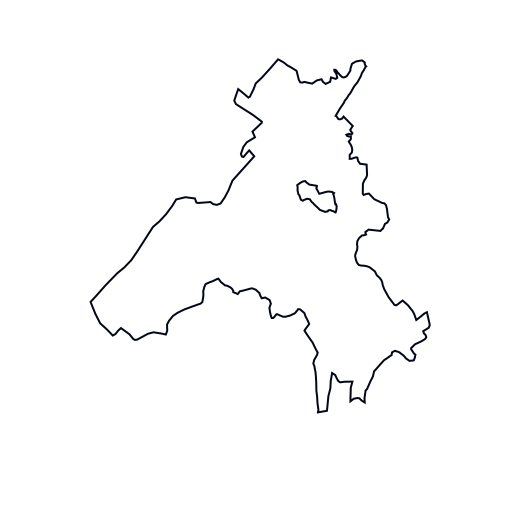 Faqus, Ash Sharqiyah, Egypt, rotated 159°
{"feature_id": "37247803B31970739059734", "entity_name": "Faqus", "entity_type": "district", "adm_level": 2, "iso_a3": "EGY", "parent_name": "Egypt", "parent_adm1": "Ash Sharqiyah", "projection": "natural_earth1", "projection_center": [31.817, 30.749], "detail": "fine", "context": "isolated", "style": "outline", "palette": "ink", "viewbox_px": 512, "rotation_deg": 159, "n_neighbors": 0, "source": "geoboundaries", "source_scale": "gbopen_adm2", "svg_char_len": 6081}
<svg xmlns="http://www.w3.org/2000/svg" viewBox="0 0 512 512"><g transform="rotate(159 256 256)"><path d="M98.2,400.2L100.9,396.7L101.4,395.3L104.6,392.9L105.6,392.2L106.4,391.6L108.2,391.1L110.0,391.2L110.9,391.7L111.8,392.7L112.6,394.6L113.5,397.0L114.0,397.9L114.3,399.4L114.7,400.8L115.2,401.3L116.1,401.8L116.5,400.9L115.7,397.0L116.3,393.2L117.2,393.0L118.1,392.8L120.4,394.6L122.0,395.8L122.4,395.2L123.8,392.9L124.4,392.0L125.2,392.0L126.6,391.9L129.3,391.7L130.0,392.8L131.1,394.6L131.5,397.5L136.4,398.1L141.8,396.8L145.2,399.0L148.5,401.2L150.7,401.3L152.5,402.3L152.9,405.2L152.4,409.0L152.3,409.9L151.8,414.2L152.3,415.1L152.6,415.5L153.5,416.6L155.7,419.6L158.3,422.5L160.5,426.4L160.9,426.9L164.0,430.7L164.9,431.7L176.7,425.4L186.7,420.4L194.4,417.2L198.5,412.6L204.5,407.0L205.0,406.9L206.3,406.6L208.9,411.4L212.8,418.2L220.6,408.9L220.3,405.0L208.1,388.5L202.4,379.3L202.9,378.3L214.7,373.4L214.4,367.2L223.8,365.5L228.8,362.3L233.5,356.7L233.5,353.9L232.2,352.9L228.1,355.2L224.5,357.0L221.9,349.7L251.0,334.8L258.4,326.9L264.3,321.8L270.3,317.7L274.3,317.8L277.4,319.8L279.2,322.7L286.3,324.8L291.2,326.3L292.5,327.3L292.4,331.6L300.9,336.2L310.3,337.4L316.2,332.8L324.9,327.3L334.0,322.8L341.7,320.1L350.4,313.7L365.5,302.6L374.1,296.7L379.5,294.2L380.1,293.9L382.8,292.6L391.8,289.6L407.3,282.4L419.6,276.0L426.9,272.4L426.7,259.5L425.6,249.0L421.7,241.3L419.2,235.5L418.3,233.1L415.2,233.5L411.5,235.7L407.9,237.1L402.2,228.3L400.3,222.5L399.2,221.1L397.0,220.5L384.8,222.1L379.0,221.5L371.9,217.4L368.3,215.0L367.7,215.7L365.6,218.2L364.6,221.1L363.6,223.9L360.4,226.7L355.0,229.8L349.5,231.1L342.7,231.7L341.4,231.8L337.8,231.7L335.1,231.7L331.5,231.6L327.5,231.5L324.8,231.4L323.7,231.8L322.5,232.3L319.3,237.9L317.8,242.2L316.8,243.5L315.5,245.4L313.2,247.8L308.7,248.1L306.0,248.0L300.6,248.4L299.2,248.3L298.0,244.0L297.1,242.6L295.4,239.6L293.6,238.6L291.0,235.7L290.1,233.8L289.7,231.8L290.2,230.4L288.5,228.8L286.7,227.0L283.9,228.8L279.4,228.2L272.3,227.5L270.9,227.0L268.3,224.6L266.1,220.2L266.2,217.4L265.8,214.5L262.6,214.0L262.2,213.9L259.1,210.0L259.2,206.7L259.2,206.2L262.0,202.9L263.0,198.7L263.5,195.3L263.6,192.5L263.0,192.3L262.2,192.0L260.9,192.4L259.5,193.3L258.6,193.8L258.1,194.2L257.2,194.2L252.8,189.8L250.6,188.8L245.7,188.2L241.6,188.5L240.7,188.5L239.4,189.0L238.0,189.9L237.1,190.3L235.7,191.3L233.9,190.3L231.3,185.4L231.4,181.6L231.0,178.7L230.7,173.5L232.1,172.5L235.7,170.3L237.5,168.9L236.6,164.8L235.9,161.7L234.2,155.0L233.5,146.8L233.0,143.8L233.3,143.6L234.1,142.1L239.1,137.9L241.0,135.1L241.0,132.2L242.1,126.1L243.5,121.3L245.0,116.6L247.9,108.6L249.3,102.9L251.3,96.7L252.7,90.6L253.2,89.3L253.7,88.7L254.2,87.8L245.2,86.1L240.0,96.5L238.6,99.3L234.0,105.8L231.1,112.4L228.8,116.2L226.9,119.5L224.7,116.5L224.4,112.2L224.1,110.4L224.0,109.8L222.7,107.9L218.2,106.8L211.0,104.2L214.7,99.1L218.8,89.3L219.9,86.5L215.9,87.7L212.3,87.1L210.5,86.1L209.2,83.2L208.6,82.4L207.0,80.3L205.6,84.5L201.9,91.1L200.0,92.0L193.9,98.2L191.6,100.2L189.9,101.8L187.1,106.0L177.0,111.2L173.9,112.8L169.9,113.7L167.6,114.3L165.8,114.7L164.9,114.9L163.5,117.3L160.3,117.7L159.2,116.8L157.7,115.7L156.3,114.2L155.9,113.3L154.6,111.3L153.3,108.9L152.9,107.0L150.3,103.1L146.2,102.0L143.9,104.4L143.9,104.8L143.5,105.3L143.1,105.8L142.5,106.8L143.4,108.2L144.6,113.4L144.2,114.4L139.2,116.6L133.3,117.0L131.7,117.2L128.3,117.8L127.4,118.2L126.1,119.2L126.0,121.5L126.9,123.5L126.8,125.9L120.5,127.1L118.7,129.0L118.2,130.9L116.6,142.3L117.5,142.2L119.7,141.9L123.4,140.6L128.2,139.1L129.3,138.8L129.1,145.0L129.5,148.4L131.2,153.7L131.6,155.1L132.5,157.0L135.1,161.9L141.0,160.1L142.8,159.7L144.3,160.8L147.0,170.3L148.2,179.4L148.1,183.7L147.6,186.0L147.6,188.4L148.4,191.3L150.1,194.7L150.5,199.0L154.0,204.8L155.7,206.3L157.1,207.3L158.8,208.3L160.0,208.8L161.1,209.3L163.3,210.8L164.1,213.7L164.1,216.5L163.8,218.3L163.5,220.3L163.1,221.3L161.2,223.6L159.4,225.5L158.0,228.3L157.5,230.7L156.1,233.5L153.7,235.5L153.3,235.8L150.7,236.8L149.7,237.2L147.4,236.6L145.6,236.6L145.6,238.5L145.1,239.4L144.2,239.4L141.5,240.3L130.8,234.8L129.0,235.7L127.7,236.1L124.0,239.8L121.3,240.2L120.8,240.7L118.5,242.5L118.9,244.9L118.4,246.8L117.0,252.5L116.8,253.3L116.6,255.4L116.4,256.8L117.3,259.2L119.1,260.2L125.2,266.6L125.6,267.5L126.0,268.5L127.0,270.9L128.2,273.8L130.9,274.4L133.6,274.4L134.0,275.9L131.4,282.4L131.2,283.0L130.6,284.3L130.2,285.3L128.8,286.7L127.7,287.9L126.9,288.3L126.6,288.6L125.2,289.5L124.3,290.4L123.3,291.8L122.0,295.6L120.0,301.7L121.3,302.4L125.8,304.8L126.6,308.1L126.1,311.4L126.5,311.9L127.8,312.4L130.5,312.5L131.9,312.5L133.7,313.1L133.3,314.1L132.3,316.8L130.4,317.8L129.5,318.2L129.3,318.5L128.1,320.6L127.6,322.9L127.6,323.9L127.6,325.3L128.4,329.6L125.7,331.0L125.2,331.9L124.7,333.4L125.6,333.9L126.5,334.3L127.8,335.3L127.9,335.7L128.2,336.8L127.3,336.8L125.5,336.7L124.2,335.7L123.3,335.2L122.0,336.1L122.8,339.0L122.8,340.0L120.8,341.5L119.1,342.7L124.3,354.8L126.5,353.4L128.8,353.5L129.8,354.2L130.1,354.5L130.5,356.4L130.9,357.8L131.4,358.3L126.5,362.2L125.0,363.4L119.7,367.1L119.0,367.6L117.7,369.0L114.0,371.2L111.7,373.1L109.9,374.0L107.6,375.8L105.3,377.8L103.1,379.5L99.0,381.8L93.5,386.5L91.6,388.8L88.4,391.1L88.0,391.6L85.7,393.4L85.2,393.6L85.7,394.4L85.6,396.8L85.1,397.7L86.9,400.6L92.3,401.7L93.2,401.7L96.3,401.3L97.7,400.9L98.2,400.2ZM170.1,272.2L171.9,272.7L173.2,271.9L173.7,272.2L175.5,272.3L179.9,276.2L180.7,278.2L183.3,283.5L183.7,284.9L184.6,286.4L185.5,289.8L187.1,290.7L188.1,291.2L189.9,291.1L191.5,291.1L192.5,290.8L193.7,292.1L193.9,292.8L193.8,297.1L194.2,298.1L194.2,299.0L193.7,302.4L192.7,304.7L192.3,306.2L192.1,307.4L188.6,308.4L185.5,308.8L183.2,308.3L182.4,306.4L180.6,303.5L174.8,300.2L174.4,299.9L174.0,299.5L175.4,297.6L174.8,292.6L174.6,291.4L167.4,290.7L165.2,290.2L162.1,288.6L160.6,286.8L161.7,286.3L161.7,285.8L161.7,284.3L162.2,281.5L162.5,280.4L163.2,277.2L163.3,276.3L163.3,275.8L162.8,275.8L162.8,274.7L162.9,273.4L164.3,270.6L165.2,269.2L166.1,268.2L167.9,270.2L169.2,271.2L170.1,272.2Z" fill="none" stroke="#020617" stroke-width="2"/></g></svg>